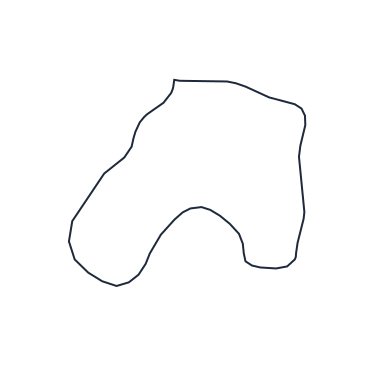 an SVG outline of F.C.T., rotated 334°
{"feature_id": "PAK-1110", "entity_name": "F.C.T.", "entity_type": "Capital Territory", "adm_level": 1, "iso_a3": "PAK", "parent_name": "Pakistan", "parent_adm1": "", "projection": "equal_earth", "projection_center": [73.083, 33.648], "detail": "fine", "context": "isolated", "style": "outline", "palette": "slate", "viewbox_px": 384, "rotation_deg": 334, "n_neighbors": 0, "source": "natural_earth", "source_scale": "10m", "svg_char_len": 849}
<svg xmlns="http://www.w3.org/2000/svg" viewBox="0 0 384 384"><g transform="rotate(334 192 192)"><path d="M121.2,136.9L146.3,131.3L157.6,124.8L163.0,118.0L167.6,113.0L175.6,106.5L181.9,103.6L185.9,102.4L205.5,99.3L216.8,93.8L219.6,91.2L221.1,89.5L225.2,83.4L229.8,86.7L271.9,108.0L279.0,113.4L286.3,120.7L302.8,140.8L322.8,158.1L327.0,165.0L327.0,172.9L323.2,181.5L309.6,198.0L303.6,207.2L284.2,259.3L280.6,265.0L264.5,284.1L258.4,293.1L257.4,294.9L256.7,296.0L254.8,297.7L244.9,300.6L234.1,297.6L220.2,289.7L213.7,284.4L209.7,277.8L211.6,270.0L215.0,260.7L215.9,250.2L212.0,237.1L206.6,225.4L200.5,216.0L193.9,209.7L183.4,206.1L174.8,206.2L164.5,209.0L145.3,216.7L127.2,228.7L118.8,236.3L107.7,242.9L95.6,245.5L83.0,243.4L72.1,232.8L63.4,219.0L57.0,201.2L59.7,182.5L71.6,165.7L121.2,136.9Z" fill="none" stroke="#1e293b" stroke-width="2"/></g></svg>